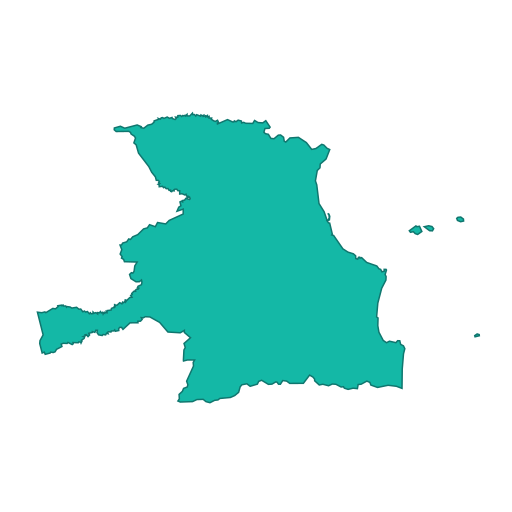 outline of Klaeng, Rayong, Thailand, rotated 268°
{"feature_id": "78962969B40888142267385", "entity_name": "Klaeng", "entity_type": "district", "adm_level": 2, "iso_a3": "THA", "parent_name": "Thailand", "parent_adm1": "Rayong", "projection": "natural_earth1", "projection_center": [101.666, 12.768], "detail": "fine", "context": "isolated", "style": "filled", "palette": "teal", "viewbox_px": 512, "rotation_deg": 268, "n_neighbors": 0, "source": "geoboundaries", "source_scale": "gbopen_adm2", "svg_char_len": 6097}
<svg xmlns="http://www.w3.org/2000/svg" viewBox="0 0 512 512"><g transform="rotate(268 256 256)"><path d="M382.3,135.4L380.0,138.6L378.1,139.7L373.3,137.9L371.3,140.1L362.9,142.2L349.1,152.0L343.3,154.7L338.6,158.2L335.1,159.0L335.0,160.9L333.7,162.0L332.7,161.3L331.8,162.3L331.1,160.7L330.5,161.7L328.6,161.7L328.9,165.0L327.5,166.0L328.0,167.3L326.4,168.6L326.5,170.4L324.7,171.4L324.8,172.9L323.6,172.9L323.2,174.0L324.1,174.7L324.0,176.5L325.1,176.3L325.6,177.3L325.5,179.2L324.0,180.2L323.9,182.0L320.6,181.9L320.8,184.3L319.5,187.0L320.2,188.2L318.4,188.7L318.1,190.0L316.8,189.1L317.3,191.6L315.6,192.2L314.8,191.6L316.0,187.8L314.3,186.6L314.0,184.5L312.7,184.5L313.4,183.4L312.7,181.9L308.8,182.7L307.5,180.5L303.5,178.6L305.4,184.9L300.5,184.7L294.6,170.5L291.2,166.9L292.9,158.8L288.8,156.4L291.0,150.7L287.9,148.4L287.0,144.6L281.5,138.6L279.5,133.5L276.9,131.1L277.5,129.4L274.7,127.3L273.6,123.2L271.7,122.0L271.7,120.5L267.0,122.1L262.7,120.3L260.0,122.2L258.6,121.5L257.2,123.6L254.9,124.3L254.1,137.0L250.3,134.5L244.9,133.6L243.2,132.3L243.7,130.9L242.0,129.0L237.8,130.2L234.4,135.2L234.4,138.6L236.0,140.7L233.8,141.1L231.3,140.5L229.9,137.1L228.5,136.4L227.9,137.8L227.0,137.1L226.9,135.3L225.8,134.1L224.9,134.4L225.0,132.7L222.9,130.5L221.8,130.9L221.0,129.4L219.1,130.6L218.9,128.4L216.2,125.4L216.7,123.8L215.0,123.4L215.9,124.2L215.2,124.6L214.2,123.8L214.9,123.1L213.9,121.7L214.5,121.1L212.9,120.3L214.1,118.2L211.6,115.3L212.1,113.1L210.2,113.5L209.8,113.0L211.1,112.9L209.5,112.1L208.7,109.7L207.0,109.3L206.7,105.5L205.5,105.3L205.9,104.6L204.5,104.9L205.1,103.0L204.0,102.8L204.5,101.8L203.4,101.2L205.1,100.8L204.5,99.4L205.9,98.6L204.7,97.5L205.0,95.7L203.6,95.7L205.0,93.9L204.5,92.4L205.7,91.2L204.1,91.1L204.0,89.2L205.1,88.5L204.1,87.4L206.4,85.6L205.9,83.8L207.0,82.6L206.3,81.0L209.1,79.0L209.0,77.2L211.0,74.9L210.4,70.1L211.5,68.5L212.1,65.0L211.6,64.8L212.7,64.0L212.7,62.0L213.7,61.5L213.0,60.4L213.7,60.1L213.2,56.2L212.4,56.5L210.2,53.8L210.7,51.1L206.7,44.0L207.5,43.1L206.8,39.9L207.5,35.6L184.6,40.5L179.0,37.2L176.1,36.8L166.5,38.9L167.3,41.1L165.1,41.9L166.2,46.9L167.1,47.5L166.6,50.0L167.3,51.9L169.7,53.4L172.3,58.9L174.7,58.2L175.5,60.3L175.2,64.2L176.2,65.0L173.9,69.2L174.7,70.3L175.9,70.1L175.5,75.3L176.4,76.0L176.0,77.8L175.1,78.1L177.0,79.1L177.8,78.6L179.6,81.3L181.4,82.0L181.6,80.9L182.6,83.2L183.3,82.7L183.4,83.7L181.3,85.3L182.9,86.9L184.6,86.1L185.3,89.7L186.2,89.8L185.3,92.3L187.4,93.3L187.3,94.9L185.1,94.4L182.7,95.9L181.9,99.5L182.9,100.4L182.4,103.0L184.0,103.9L183.5,105.5L184.9,105.0L185.5,105.9L185.1,108.4L186.1,108.8L186.1,111.1L187.1,112.2L185.7,112.7L186.3,116.3L188.2,116.2L189.4,117.3L189.4,119.1L187.3,120.5L193.6,127.8L193.4,135.7L194.9,135.6L194.9,138.3L196.6,140.0L198.4,139.2L198.1,141.1L199.2,143.2L198.8,147.8L193.0,157.4L183.1,165.3L181.9,177.6L184.2,181.8L182.1,181.7L176.6,187.7L171.1,181.0L167.0,182.1L164.6,180.7L154.4,179.8L153.6,179.9L154.5,183.9L154.2,191.0L151.8,189.5L148.2,189.7L133.3,182.3L129.7,183.4L127.5,182.7L126.2,179.0L123.3,177.7L120.4,174.3L115.9,174.4L113.8,172.9L112.7,175.2L112.7,187.5L114.6,191.9L114.6,198.2L112.2,200.9L111.0,204.9L113.2,209.6L113.5,213.0L114.9,214.9L115.5,225.5L117.3,229.9L120.4,233.9L125.8,235.6L127.8,237.4L128.6,242.4L126.0,245.6L127.9,252.9L130.6,254.3L131.6,257.3L127.3,263.9L127.4,267.5L129.5,271.4L129.1,272.7L127.1,274.0L127.0,275.9L130.6,278.4L129.9,282.3L127.5,285.3L127.1,298.9L135.1,305.4L133.1,308.6L131.1,310.2L129.2,310.3L124.9,314.7L125.5,318.3L123.8,324.0L125.4,327.8L125.0,331.4L122.1,336.5L122.3,338.8L120.8,339.7L119.5,343.4L120.5,348.4L119.9,352.7L124.0,353.6L124.2,356.6L127.1,362.4L125.7,365.4L123.0,366.3L120.4,372.9L122.2,383.5L120.9,391.8L118.6,397.3L137.9,398.2L153.1,400.0L158.2,401.5L161.1,400.2L162.6,397.5L166.3,396.7L166.4,394.6L164.5,392.8L166.2,386.4L164.8,383.4L167.2,380.2L175.5,376.2L182.1,375.3L189.8,375.8L190.9,374.4L204.7,376.1L219.4,380.5L227.4,385.0L230.9,385.3L233.0,384.4L237.4,385.9L238.1,385.5L238.2,383.6L236.4,383.7L235.8,381.3L238.3,380.1L238.9,378.4L241.8,376.4L245.7,366.4L250.7,361.5L250.2,359.9L251.2,359.6L251.1,358.4L249.3,357.5L250.0,355.6L252.7,355.6L254.8,353.4L256.7,348.0L260.1,343.1L273.8,334.3L274.4,332.4L275.3,333.0L286.3,330.8L286.5,329.7L288.8,328.2L289.5,330.6L293.1,331.1L295.3,330.3L296.0,329.1L294.9,330.3L291.8,330.6L289.7,329.6L289.1,328.3L297.9,325.6L306.2,320.8L325.0,319.2L329.0,318.0L339.3,320.2L341.9,323.0L345.7,323.4L350.5,329.4L359.8,333.4L361.2,330.7L364.5,327.7L365.3,325.6L361.3,319.6L360.6,315.4L367.6,310.3L373.1,302.5L372.8,294.0L368.8,289.7L369.8,288.2L373.7,287.7L376.1,284.8L376.0,282.5L372.6,278.1L373.0,275.0L377.2,272.6L377.9,269.7L379.4,268.2L383.1,269.4L383.2,273.7L384.3,274.6L390.9,270.5L388.8,267.4L389.3,262.7L391.5,259.3L388.6,257.4L389.0,250.3L390.0,248.4L389.5,246.3L391.4,246.1L392.4,242.9L390.9,240.7L391.8,239.1L390.8,238.6L390.8,237.3L393.3,232.3L389.3,222.1L390.2,222.0L390.7,223.3L393.0,222.3L391.9,220.0L392.6,218.4L394.2,216.1L395.4,216.5L395.5,213.9L397.2,214.0L396.7,212.3L398.1,212.3L396.9,210.5L397.9,210.4L397.4,208.4L398.6,208.7L398.0,207.2L398.9,205.9L397.7,205.5L399.3,201.6L398.0,200.7L399.5,199.4L399.5,197.8L401.0,197.5L398.3,194.7L398.4,192.0L399.9,192.0L398.4,190.4L399.1,190.0L398.5,188.7L399.0,187.8L398.0,186.6L399.1,185.4L399.0,182.8L397.4,182.6L397.6,180.4L396.3,181.1L395.2,179.9L396.3,177.2L397.4,176.9L396.6,174.3L398.0,172.1L396.7,168.8L397.6,167.5L397.4,166.1L396.1,165.2L396.8,163.3L396.1,163.7L394.6,158.9L393.2,158.7L391.3,156.3L390.6,152.5L387.6,148.3L388.4,145.3L389.3,145.8L391.1,141.8L388.3,129.3L390.4,125.0L388.9,118.9L387.1,118.7L385.3,120.6L385.0,133.2L383.9,134.9L382.3,135.4ZM274.7,422.6L280.0,420.4L279.7,417.6L280.5,416.9L275.9,410.1L274.3,411.2L274.8,414.1L272.8,415.9L271.9,418.3L274.7,422.6ZM277.1,434.5L279.3,432.9L280.2,429.6L279.4,425.2L275.2,430.4L275.0,433.2L277.1,434.5ZM285.7,464.6L287.8,462.0L287.6,459.1L286.6,457.9L284.5,458.6L283.1,461.7L283.7,464.7L285.7,464.6ZM169.7,476.3L170.4,474.3L168.8,471.8L167.6,472.1L168.5,476.4L169.7,476.3Z" fill="#14b8a6" stroke="#0f766e" stroke-width="1.5"/></g></svg>